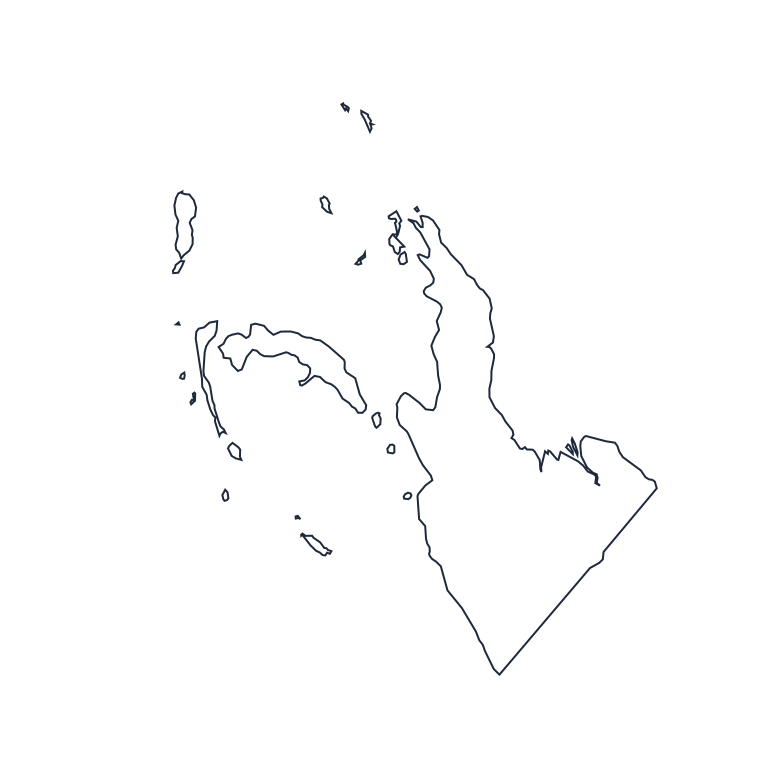 map outline of Papua New Guinea (orthographic projection), rotated 221°
{"feature_id": "PNG", "entity_name": "Papua New Guinea", "entity_type": "country or territory", "adm_level": 0, "iso_a3": "PNG", "parent_name": "Oceania", "parent_adm1": "", "projection": "orthographic", "projection_center": [148.76, -6.492], "detail": "fine", "context": "isolated", "style": "outline", "palette": "slate", "viewbox_px": 768, "rotation_deg": 221, "n_neighbors": 0, "source": "natural_earth", "source_scale": "50m", "svg_char_len": 6191}
<svg xmlns="http://www.w3.org/2000/svg" viewBox="0 0 768 768"><g transform="rotate(221 384 384)"><path d="M109.7,484.2L108.1,401.3L103.8,395.2L104.2,390.3L107.8,380.3L106.2,240.4L114.1,240.9L132.8,248.8L138.3,252.0L143.9,253.1L152.3,257.5L178.2,266.0L200.7,269.9L221.5,283.7L228.3,284.1L233.0,283.5L236.9,284.3L238.6,285.4L239.5,287.6L242.5,290.6L246.6,291.9L250.6,294.6L259.7,303.8L268.9,305.1L285.2,321.4L286.0,323.9L286.2,334.6L284.4,343.1L288.5,345.6L301.6,348.3L309.0,351.0L332.6,362.2L335.8,363.2L345.3,363.4L352.4,367.3L358.5,375.0L361.2,377.0L363.2,385.8L362.9,390.0L361.6,391.5L357.8,392.3L344.6,393.0L335.8,392.3L329.7,396.5L330.0,400.1L335.4,409.0L338.5,416.9L341.2,420.1L348.6,425.8L358.4,435.5L366.3,439.2L373.4,444.0L376.4,452.8L377.9,460.9L385.5,466.1L388.2,475.3L390.4,479.5L393.9,481.0L398.1,480.9L409.4,478.2L413.1,478.7L415.0,480.2L415.6,484.3L413.8,488.6L413.3,492.8L415.5,496.2L423.4,499.6L437.8,501.2L443.1,503.4L442.1,505.2L433.9,507.8L433.9,510.1L438.0,515.5L456.1,522.2L462.5,522.8L467.2,524.7L474.0,524.0L466.1,527.8L459.1,526.6L457.8,527.8L460.6,531.0L466.4,534.5L465.4,536.0L460.4,538.9L454.4,539.6L443.2,536.6L440.7,533.1L433.6,528.2L425.8,527.7L418.8,525.8L403.4,524.5L393.0,520.9L384.7,522.2L378.8,519.8L374.4,519.0L370.8,519.8L360.3,517.7L352.3,511.8L350.2,507.2L347.0,502.9L332.5,492.2L329.0,486.9L330.4,479.9L328.6,481.1L326.4,481.0L320.5,478.7L318.1,475.9L311.5,464.4L305.6,457.4L301.4,449.6L295.7,443.2L284.4,438.7L274.7,437.9L268.0,435.4L256.4,433.2L253.1,430.7L252.3,426.8L248.9,427.3L239.1,424.5L236.9,425.7L236.2,428.8L233.3,428.3L228.7,432.0L225.6,431.8L216.5,428.7L210.0,422.2L207.4,420.8L210.7,424.1L218.3,438.9L214.5,438.8L216.3,441.6L214.3,442.1L203.8,440.5L202.6,441.1L206.2,448.6L187.1,452.9L180.1,453.1L172.8,451.6L166.1,453.6L163.2,453.4L159.5,447.9L154.3,449.0L158.7,449.0L161.2,453.3L164.3,455.4L168.0,454.1L176.2,454.3L187.8,459.0L195.1,465.9L197.8,469.7L198.2,475.2L197.5,477.2L178.9,486.4L171.2,491.2L167.1,490.3L161.9,487.2L155.8,485.5L133.4,487.3L125.5,485.2L121.4,485.9L118.6,487.7L115.5,488.0L109.7,484.2ZM511.2,298.7L516.7,302.4L522.3,298.6L525.3,301.3L533.1,303.4L531.5,309.1L532.9,314.3L532.8,318.1L531.0,321.5L527.4,326.4L524.0,327.8L518.3,328.2L517.2,330.8L517.6,333.6L523.1,341.5L520.6,345.2L512.7,349.2L506.4,348.3L499.7,348.6L496.2,355.9L488.9,362.4L482.0,365.9L477.4,366.3L473.3,368.0L469.4,370.9L465.0,372.3L460.7,375.1L450.2,376.1L430.2,376.0L428.1,374.9L423.9,369.8L420.1,368.1L409.5,369.5L395.4,360.2L383.5,356.3L381.1,352.7L381.4,348.1L384.7,345.3L389.6,346.7L393.4,345.9L397.8,346.8L405.8,345.8L415.0,349.1L419.2,349.6L423.6,349.2L429.4,347.0L436.9,347.3L441.8,344.5L443.6,332.9L444.9,329.0L446.6,328.2L449.6,330.4L446.2,334.7L445.9,339.3L447.1,343.8L450.0,347.4L454.3,347.8L458.3,345.5L462.5,345.0L466.5,347.3L470.6,346.9L472.4,345.5L476.8,344.6L478.7,343.7L485.7,332.1L492.7,326.4L497.0,325.3L501.9,325.6L505.6,323.6L505.4,314.4L500.9,301.7L502.8,298.0L511.2,298.7ZM664.2,392.8L662.5,396.9L661.7,395.5L658.5,396.8L655.3,399.3L648.0,397.9L641.5,393.8L636.6,386.4L637.6,382.1L636.4,378.2L629.4,374.4L626.8,370.5L624.2,368.8L620.2,363.9L618.4,357.0L619.7,349.4L619.3,345.6L624.5,348.6L629.2,349.3L632.7,352.4L636.5,360.2L642.9,365.8L646.3,372.2L652.6,375.1L659.3,381.2L663.1,388.2L664.2,392.8ZM556.0,315.8L551.1,322.0L545.5,314.6L543.3,309.4L543.9,301.3L542.9,295.7L540.3,290.5L528.5,275.0L525.2,272.1L517.1,270.1L513.6,268.1L502.4,258.8L498.1,256.8L495.9,254.4L483.2,246.6L479.6,244.7L475.1,244.7L471.3,243.1L474.3,242.2L474.9,239.6L474.2,236.9L487.3,245.1L489.2,248.1L492.5,248.3L498.5,250.9L506.5,255.8L510.9,259.6L519.3,262.6L524.8,268.5L555.9,294.8L559.9,300.3L560.2,304.1L556.9,308.7L556.0,315.8ZM333.5,214.0L346.0,216.4L346.8,216.3L346.9,215.2L347.6,215.9L347.4,217.6L343.6,217.9L338.7,222.3L336.3,221.7L328.2,222.6L321.5,221.1L319.7,222.3L317.3,222.0L314.0,223.3L313.5,220.3L316.3,219.4L315.8,216.2L318.1,214.6L322.0,214.7L325.6,213.6L333.5,214.0ZM462.3,490.7L467.5,493.7L470.4,492.8L471.9,493.4L475.2,496.9L475.7,502.7L473.9,504.0L474.1,502.5L472.6,502.2L458.8,501.0L461.5,497.7L458.8,493.9L458.9,491.1L462.3,490.7ZM459.7,240.2L452.2,240.7L449.5,240.1L445.0,234.6L441.9,233.1L447.2,230.6L451.8,229.8L459.4,233.0L460.2,235.7L459.7,240.2ZM482.6,515.9L484.1,516.0L486.8,513.2L489.0,512.3L490.5,513.6L488.0,522.5L478.0,518.6L477.8,515.1L475.7,514.0L471.9,506.7L471.4,504.3L474.5,507.8L481.5,512.9L481.2,514.6L482.6,515.9ZM540.1,476.6L546.7,476.9L548.2,479.1L552.0,480.8L553.5,482.3L552.2,484.5L552.4,486.0L548.8,486.6L543.3,484.4L542.9,482.9L540.4,480.3L535.8,478.4L540.1,476.6ZM572.2,571.0L578.2,573.0L580.3,575.2L572.7,576.8L571.5,575.4L566.4,574.1L565.6,571.6L563.0,572.4L564.3,570.8L561.1,568.8L560.1,565.2L572.2,571.0ZM369.5,358.6L368.0,358.9L367.4,357.2L363.9,355.8L360.4,351.2L360.9,346.1L362.8,346.1L370.6,350.6L371.4,352.0L370.8,356.3L369.5,358.6ZM456.4,492.5L455.0,497.1L452.8,496.4L446.8,491.2L447.8,487.3L450.5,485.4L454.6,487.5L456.4,492.5ZM618.1,343.3L615.5,345.4L613.9,340.7L612.3,333.0L615.8,329.4L617.6,331.0L617.9,334.3L619.3,337.1L618.1,343.3ZM337.8,343.9L335.7,344.1L331.4,339.3L331.8,337.4L336.1,334.9L338.9,337.2L339.5,342.0L337.8,343.9ZM433.1,194.1L434.5,200.0L431.0,199.6L426.4,195.6L426.4,193.3L427.7,191.2L429.6,191.6L433.1,194.1ZM294.6,317.7L292.1,318.8L290.3,317.9L289.5,315.5L290.1,313.1L293.6,310.7L295.2,311.9L295.8,314.4L294.6,317.7ZM483.8,467.8L484.5,470.5L481.6,467.6L483.0,461.6L480.1,459.9L481.7,457.2L484.3,456.0L484.2,459.9L485.0,461.6L483.8,467.8ZM205.6,464.8L206.3,466.4L200.9,464.2L193.1,459.5L191.3,457.1L200.1,460.6L205.6,464.8ZM205.4,459.1L203.8,459.3L197.2,456.8L195.5,455.0L205.1,455.7L205.4,459.1ZM599.5,567.0L598.9,569.0L597.6,568.3L593.6,569.3L591.5,569.1L590.1,566.4L593.5,567.1L593.0,565.1L599.5,567.0ZM543.2,258.3L542.2,261.6L540.0,259.7L538.4,256.9L539.4,255.6L542.0,254.9L543.2,258.3ZM521.8,251.2L521.4,253.1L520.3,253.0L516.4,248.3L517.2,247.4L521.8,251.2ZM475.7,536.3L475.2,539.2L471.5,537.7L472.0,535.9L475.7,536.3ZM518.6,246.0L515.7,246.8L516.2,242.2L518.2,243.3L518.6,246.0ZM363.8,226.0L362.6,227.9L358.5,227.2L360.6,226.8L362.3,224.6L363.8,226.0ZM580.0,292.6L579.5,295.7L577.3,294.6L580.0,292.6Z" fill="none" stroke="#1e293b" stroke-width="2"/></g></svg>